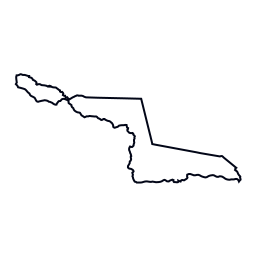 the district of Campinorte, Goiás, Brazil, rotated 267°
{"feature_id": "56859067B34787667002337", "entity_name": "Campinorte", "entity_type": "district", "adm_level": 2, "iso_a3": "BRA", "parent_name": "Brazil", "parent_adm1": "Goiás", "projection": "equal_earth", "projection_center": [-48.948, -14.012], "detail": "fine", "context": "isolated", "style": "outline", "palette": "ink", "viewbox_px": 256, "rotation_deg": 267, "n_neighbors": 0, "source": "geoboundaries", "source_scale": "gbopen_adm2", "svg_char_len": 4431}
<svg xmlns="http://www.w3.org/2000/svg" viewBox="0 0 256 256"><g transform="rotate(267 128 128)"><path d="M186.4,19.5L185.5,19.3L184.9,19.0L182.8,19.0L179.2,19.3L177.7,18.3L176.9,19.0L176.2,19.6L175.5,20.0L174.4,20.4L173.9,22.2L172.9,25.2L172.2,27.0L171.2,28.1L169.0,29.8L168.4,30.4L167.6,31.4L166.4,31.8L165.8,32.2L165.1,32.9L164.2,34.6L163.1,36.3L162.2,36.8L161.3,37.2L160.0,37.8L159.2,38.6L158.9,39.6L159.2,40.7L159.4,41.8L159.6,42.8L159.9,45.0L160.1,46.2L159.8,47.7L159.3,49.2L158.4,50.3L158.2,51.4L157.1,53.6L156.6,54.2L156.1,54.7L155.6,55.5L155.1,56.7L155.1,57.8L155.9,58.1L156.6,58.6L157.2,59.2L157.8,59.6L158.4,60.2L158.5,61.8L159.1,62.5L159.9,63.1L160.3,63.8L160.5,65.2L160.3,66.2L159.2,68.6L158.6,69.5L158.0,70.0L156.6,70.0L155.9,70.1L154.6,71.8L153.9,72.7L152.7,72.8L151.8,73.2L150.7,74.4L149.4,74.8L148.5,75.3L147.8,76.0L146.9,77.2L146.3,78.4L146.0,79.9L145.7,80.8L144.3,81.6L143.1,82.2L142.3,83.4L141.0,85.1L141.3,86.1L141.8,87.2L141.7,88.8L142.0,90.1L141.9,91.0L141.7,92.0L141.4,94.1L141.2,95.5L141.2,96.8L140.7,97.6L139.4,98.6L139.0,99.5L138.5,100.4L137.4,101.7L137.6,103.0L138.3,103.9L138.2,105.1L137.5,105.7L136.8,107.0L136.4,107.7L136.1,108.6L135.8,109.8L135.1,110.9L134.4,111.4L133.8,112.2L132.9,112.7L132.3,113.0L131.5,113.3L130.7,113.3L129.8,113.4L129.0,114.4L129.1,115.4L129.4,116.2L129.6,117.3L130.0,118.2L130.8,119.1L131.0,120.2L131.1,121.4L131.1,122.8L131.0,123.9L131.2,125.2L131.1,126.7L129.5,126.9L128.5,127.1L127.9,128.1L126.9,127.9L126.2,127.2L125.2,127.3L123.1,129.1L122.7,130.8L122.8,132.3L121.9,133.0L121.2,132.9L120.3,133.7L119.4,134.4L118.3,133.9L117.1,134.0L116.1,133.4L114.5,133.3L113.2,133.5L112.5,133.3L111.7,132.9L110.1,132.6L108.9,131.3L108.9,130.1L109.4,129.1L108.4,128.4L107.1,128.0L105.9,128.0L104.3,128.6L103.4,128.8L102.5,129.0L101.6,129.5L100.6,129.5L99.8,129.8L99.1,129.2L97.8,129.3L96.8,129.5L95.3,129.0L94.6,128.1L94.0,127.9L92.9,127.9L91.6,127.1L90.7,126.5L90.0,126.0L88.6,125.9L87.8,126.5L87.4,127.2L87.0,128.9L86.2,130.2L85.5,130.9L84.5,131.3L83.8,130.9L83.2,130.0L82.3,130.1L81.0,130.5L79.6,129.9L78.9,130.2L78.1,130.4L77.2,130.5L76.4,130.8L75.4,131.2L74.1,131.9L73.7,133.2L73.1,133.8L73.0,135.6L72.9,136.8L72.9,138.3L73.0,139.3L73.3,140.4L73.7,142.3L73.7,144.1L73.4,145.5L73.0,147.5L73.0,148.5L73.2,149.6L72.8,151.4L72.4,153.1L72.4,154.0L72.4,155.9L72.6,157.5L73.0,158.9L73.9,160.5L74.3,161.5L74.0,162.5L72.7,164.2L72.5,165.9L73.1,166.7L73.6,168.0L74.1,169.7L73.6,170.7L72.9,170.5L72.2,170.7L71.6,171.1L71.5,172.1L71.4,173.2L71.2,174.0L71.3,175.0L71.8,175.6L72.8,175.5L72.2,176.6L71.8,177.7L72.6,178.1L73.1,178.7L73.2,179.9L72.8,181.2L73.7,182.9L74.3,183.9L74.8,184.5L75.5,184.8L76.2,184.5L76.9,184.5L77.6,184.6L78.3,184.7L78.9,186.4L78.8,187.8L78.2,189.3L77.8,190.2L77.3,191.4L77.3,192.9L77.6,194.6L77.5,196.1L76.8,197.5L76.3,198.2L75.8,199.1L75.4,200.1L75.1,200.9L74.6,202.6L74.8,204.1L75.3,205.1L75.7,205.8L76.0,206.7L76.3,208.0L76.5,210.1L76.3,211.2L75.8,212.1L75.2,213.0L74.6,214.3L74.5,215.5L75.0,217.1L74.8,218.5L74.4,219.7L73.1,221.5L72.2,222.6L71.7,223.6L71.2,225.2L71.0,226.9L71.3,228.4L71.1,231.0L71.4,232.3L71.5,233.3L71.2,234.4L70.5,235.2L69.9,235.6L69.3,235.8L68.7,236.0L69.7,236.8L70.5,237.7L71.7,237.6L72.7,237.3L73.5,237.6L74.2,237.2L74.9,236.5L76.4,235.6L77.6,235.2L78.6,234.8L79.4,234.1L79.9,233.3L80.5,232.7L81.3,233.2L82.0,233.1L82.6,234.0L93.6,221.9L94.3,221.3L95.0,220.5L95.1,219.5L94.8,218.3L99.1,199.1L100.2,194.9L109.9,154.5L110.7,151.4L112.1,151.2L114.4,150.8L116.8,150.3L117.5,150.2L119.1,149.9L120.0,149.7L154.9,143.0L156.5,142.7L157.9,124.8L159.8,99.5L160.7,88.9L160.8,87.7L161.2,86.6L161.7,85.6L162.3,84.7L162.7,83.4L162.8,82.0L162.8,80.5L163.2,79.6L163.2,78.6L162.8,77.7L162.5,76.7L162.1,76.0L161.7,74.9L161.3,74.0L160.9,73.3L160.3,72.2L159.7,71.1L160.5,70.0L161.2,69.3L161.9,68.9L161.6,67.6L162.4,67.1L163.5,66.9L163.6,65.8L164.3,64.7L165.8,65.2L166.7,64.8L167.5,64.1L167.3,63.1L168.0,62.0L169.1,62.1L169.6,61.1L170.7,59.9L171.3,59.1L172.0,58.4L172.3,57.6L172.4,56.1L172.8,54.4L173.8,53.1L174.3,51.9L174.0,50.7L173.5,51.2L173.6,50.1L174.4,48.9L175.0,46.6L175.1,45.6L175.4,43.8L176.2,42.7L176.5,41.5L176.4,40.6L176.0,39.3L176.7,38.6L177.4,39.0L178.5,38.9L179.4,38.1L179.9,37.6L180.8,36.2L181.1,35.5L181.8,35.3L182.6,34.8L183.2,34.1L183.5,33.3L184.0,31.8L185.1,32.0L185.2,30.9L185.7,29.6L186.1,28.5L186.4,27.7L186.4,26.9L186.5,25.7L187.2,24.2L187.3,23.3L186.7,22.0L186.4,20.9L186.4,19.5Z" fill="none" stroke="#020617" stroke-width="2"/></g></svg>